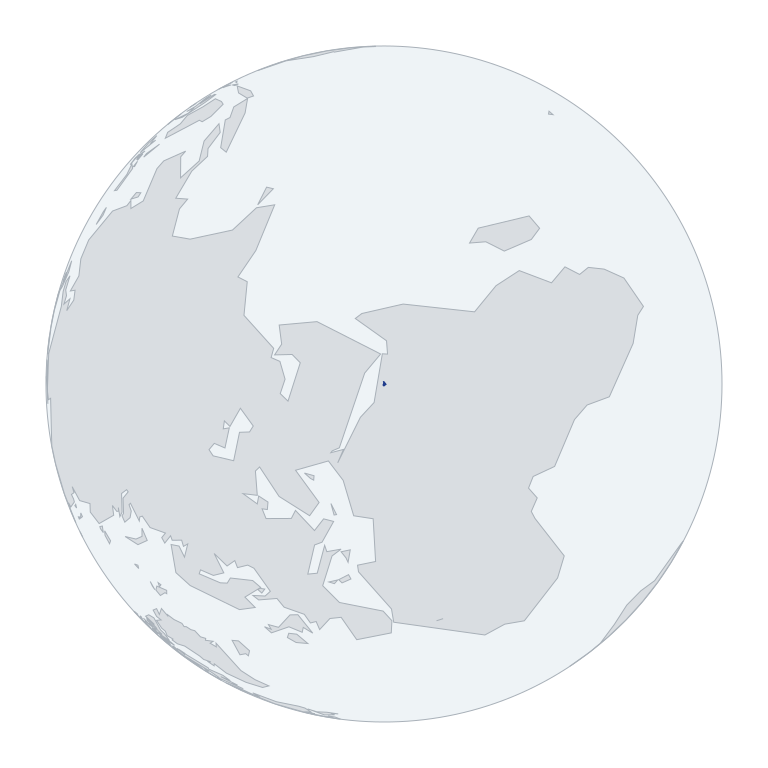 the Earth from above Maekel, rotated 232°
{"feature_id": "ERI-1561", "entity_name": "Maekel", "entity_type": "Region", "adm_level": 1, "iso_a3": "ERI", "parent_name": "Eritrea", "parent_adm1": "", "projection": "orthographic", "projection_center": [39.01, 15.365], "detail": "fine", "context": "on_globe", "style": "filled", "palette": "blue", "viewbox_px": 768, "rotation_deg": 232, "n_neighbors": 0, "source": "natural_earth", "source_scale": "10m", "svg_char_len": 9939}
<svg xmlns="http://www.w3.org/2000/svg" viewBox="0 0 768 768"><g transform="rotate(232 384 384)"><circle cx="384" cy="384" r="338" fill="#eef3f6" stroke="#a8b0b8"/><path d="M294.5,58.1L296.1,57.7L303.3,55.9L307.5,55.0L306.5,55.5L297.0,57.7L296.1,57.8L292.8,58.8L288.4,60.0L290.0,59.7L278.5,63.0L288.3,60.6L277.8,64.1L270.6,66.2L273.6,64.7L271.5,65.4L294.5,58.1ZM229.5,83.5L231.9,82.3L244.3,76.5L239.9,79.0L229.0,85.0L218.6,90.3L213.5,93.5L221.4,90.4L200.0,103.5L182.6,118.4L177.3,122.2L170.6,124.5L175.6,118.3L170.7,121.9L199.1,101.2L229.5,83.5ZM168.0,124.1L170.0,123.0L156.7,134.2L153.5,137.5L152.7,138.7L156.8,135.6L151.7,140.4L146.7,143.4L151.2,139.0L152.8,137.8L154.9,135.6L168.0,124.1ZM47.2,356.6L47.0,359.6L46.3,375.7L46.1,383.2L46.4,389.0L46.5,394.8L52.7,417.4L60.3,439.2L62.9,459.1L62.4,476.2L75.4,520.2L76.1,523.2L66.8,500.6L59.2,477.4L53.4,453.7L49.2,429.7L46.8,405.4L46.1,381.0L47.2,356.6ZM245.8,75.6L245.0,76.1L243.1,76.9L245.8,75.6ZM253.7,72.2L253.9,72.1L251.9,73.0L250.8,73.4L253.7,72.2ZM266.5,67.2L270.1,65.9L253.3,72.5L256.6,71.0L266.5,67.2ZM305.9,55.2L306.1,55.2L298.3,57.1L301.6,56.3L305.9,55.2ZM342.1,48.7L341.8,48.7L332.9,50.0L328.0,50.8L342.1,48.7ZM326.9,50.9L330.2,50.5L312.5,53.7L326.9,50.9ZM451.6,52.9L451.1,52.8L448.7,52.3L451.6,52.9ZM309.8,54.5L312.2,53.9L321.9,52.0L318.8,53.0L316.7,53.2L309.8,54.5ZM357.5,47.1L358.7,47.0L342.7,48.6L343.5,48.5L357.5,47.1ZM314.0,53.9L317.0,53.7L311.5,55.2L308.1,55.1L314.0,53.9ZM325.7,51.2L330.1,50.5L326.7,51.2L325.7,51.2ZM293.8,61.4L296.4,60.0L301.7,58.8L293.8,61.4ZM318.5,53.6L320.4,53.1L322.8,52.7L323.6,52.9L318.5,53.6ZM343.4,48.7L341.8,49.0L349.9,48.0L349.9,48.3L339.2,49.5L343.8,49.2L343.8,49.3L335.1,50.2L343.4,48.7ZM331.6,52.1L318.0,54.6L311.9,57.1L307.0,58.1L317.7,54.0L331.6,52.1ZM334.4,50.8L331.6,51.7L326.9,52.1L326.0,51.9L334.4,50.8ZM353.7,48.3L356.5,47.4L358.8,47.3L353.7,48.3ZM330.7,52.6L334.0,52.0L330.8,52.7L330.7,52.6ZM347.7,49.3L348.4,48.9L350.9,48.7L347.7,49.3ZM340.1,51.5L335.7,52.2L334.9,51.8L340.1,51.5ZM344.3,50.4L347.6,50.3L337.3,51.3L344.2,50.2L344.3,50.4ZM349.9,49.2L351.7,49.0L349.3,49.5L349.9,49.2ZM345.5,52.9L332.7,54.3L331.0,53.3L343.7,52.0L345.5,52.9ZM522.8,75.9L522.0,75.5L527.0,77.9L538.0,83.3L539.7,84.1L553.3,94.1L578.0,112.5L578.2,109.9L586.1,114.7L614.4,138.5L643.7,177.4L654.6,188.3L660.5,196.6L662.6,203.2L654.1,191.1L649.1,188.2L644.0,181.0L644.5,189.0L637.1,179.1L641.1,191.2L648.1,198.3L650.4,194.1L657.0,210.1L669.3,222.2L679.3,240.0L687.4,276.6L682.8,291.2L684.4,297.5L678.1,292.6L676.5,307.0L693.5,337.7L695.4,347.8L689.6,371.1L688.2,363.7L671.7,350.6L673.5,375.6L686.2,391.8L690.7,414.2L683.1,409.8L677.9,390.3L672.0,385.1L670.1,363.6L658.6,334.3L650.6,343.1L647.9,330.6L630.9,308.3L617.5,320.4L598.6,359.4L601.4,392.0L592.5,408.2L568.1,365.2L558.3,334.8L548.8,339.2L524.3,315.9L480.0,319.0L474.3,311.3L465.9,315.9L448.7,309.0L440.3,296.3L429.6,297.8L452.3,331.1L463.8,329.8L474.3,315.7L478.4,327.9L495.0,337.7L474.4,369.6L409.7,399.8L404.5,375.5L361.2,309.5L363.2,302.1L363.0,301.3L362.6,299.8L357.4,311.8L350.4,299.0L372.3,344.9L375.5,364.8L408.8,401.3L405.4,405.2L416.5,412.6L453.3,401.7L453.2,409.9L435.2,448.3L385.1,499.8L392.5,532.8L390.1,560.4L360.6,578.3L364.9,598.7L349.9,605.6L350.1,616.8L339.0,628.2L319.8,638.3L285.4,636.2L281.9,626.3L262.6,605.3L235.2,553.7L242.4,531.1L238.7,512.2L214.0,467.7L219.3,444.6L213.0,433.8L199.9,434.6L192.9,421.6L185.1,420.2L137.6,420.2L124.3,401.4L111.0,348.8L120.4,331.3L124.1,309.0L190.3,245.0L202.1,251.4L251.7,248.3L257.5,251.6L249.3,268.1L284.5,292.5L298.8,279.0L333.2,292.5L357.6,292.8L370.5,261.2L330.6,259.9L326.0,244.3L360.0,232.1L395.2,234.9L394.6,229.1L374.3,215.6L384.4,205.4L367.5,210.3L372.9,216.3L362.4,219.9L356.9,214.8L360.7,211.1L350.6,208.2L335.1,228.2L338.9,236.4L311.3,239.0L314.9,253.4L306.7,259.7L297.5,237.8L299.9,230.2L281.1,206.9L276.0,214.9L293.4,237.9L287.1,235.7L280.3,248.5L280.5,237.2L262.8,211.5L239.2,214.4L205.6,243.5L192.6,244.5L183.4,236.5L199.3,205.1L226.5,206.6L232.5,197.0L230.1,182.1L238.6,184.3L241.0,178.9L251.6,179.4L269.6,167.9L280.9,167.6L291.0,152.3L298.1,150.5L290.1,159.8L290.6,166.8L318.9,168.1L325.2,165.1L329.5,155.5L336.7,157.7L337.2,148.3L355.0,145.8L333.8,141.5L338.2,131.7L350.5,125.0L348.2,121.5L328.1,132.6L323.6,137.9L325.7,143.5L310.0,159.5L299.6,161.6L301.7,143.2L287.2,144.9L295.2,131.2L344.5,107.2L363.5,103.9L388.6,117.4L382.5,122.7L370.4,120.2L378.8,130.9L379.5,126.0L385.5,128.4L391.3,120.9L395.8,122.4L393.6,113.3L399.8,114.3L401.1,120.0L414.9,111.3L428.7,112.2L429.6,109.7L426.7,106.8L446.1,110.8L445.9,108.8L439.5,106.6L435.0,101.6L434.7,94.7L441.4,96.4L442.4,99.1L454.7,108.1L456.5,116.0L459.2,116.1L459.3,109.8L444.3,98.7L442.1,94.2L450.2,98.6L447.1,96.6L448.2,95.0L455.5,95.2L447.0,90.2L449.4,73.6L463.9,73.7L470.8,78.7L479.5,72.4L495.1,75.1L489.2,72.8L489.4,69.7L484.5,68.6L481.7,67.4L479.9,61.5L484.7,62.3L477.3,59.3L474.2,58.4L470.2,57.4L464.4,55.8L494.1,64.5L522.8,75.9ZM165.1,279.6L162.7,286.1L165.1,279.6ZM431.4,255.1L453.3,255.9L445.4,236.5L453.2,235.5L447.6,229.7L444.7,235.1L431.5,219.3L441.7,213.7L440.0,205.7L432.6,205.1L416.1,218.3L434.9,240.4L429.0,248.5L431.4,255.1ZM157.0,134.0L157.3,133.9L155.4,136.1L154.2,136.9L157.0,134.0ZM160.4,137.0L152.2,144.8L157.2,139.4L153.7,141.4L159.9,133.4L175.0,123.8L167.1,129.2L160.4,137.0ZM172.3,121.4L166.7,126.7L172.3,121.4L172.3,121.4ZM243.7,151.8L246.2,155.5L240.6,161.2L226.4,164.2L234.4,155.6L243.7,151.8ZM251.2,159.6L257.2,142.1L266.3,140.4L260.2,144.1L265.6,144.8L257.2,151.1L259.9,167.8L255.2,174.1L231.5,174.5L241.9,170.5L238.7,166.7L251.2,159.6ZM256.6,109.0L259.3,103.8L275.5,106.5L271.1,111.2L256.6,113.8L253.3,109.8L256.6,109.0ZM265.8,69.0L265.8,68.6L268.4,67.7L270.6,67.3L265.8,69.0ZM294.6,60.8L268.6,70.7L267.2,70.4L253.6,77.7L244.8,80.2L253.9,75.2L236.9,83.2L241.7,79.7L230.5,85.5L251.8,74.0L255.4,71.9L254.8,73.1L262.7,70.7L267.3,69.0L282.7,63.2L294.3,58.7L304.1,56.4L307.9,56.1L306.6,56.8L300.7,57.8L303.2,58.1L293.7,60.3L294.6,60.8ZM347.0,66.5L340.7,65.1L344.1,70.4L334.6,70.8L335.6,71.4L327.7,73.5L319.8,77.4L315.9,77.1L314.5,78.8L309.3,80.6L306.1,83.0L297.8,83.7L293.3,86.9L292.0,85.5L286.4,91.0L286.8,87.4L280.1,90.0L283.2,92.1L246.3,94.8L230.5,100.3L217.0,107.4L219.6,101.5L233.9,91.6L253.2,81.8L268.0,78.0L266.5,76.6L273.2,74.5L271.6,76.5L278.0,72.3L283.1,71.3L300.2,65.6L306.4,61.3L312.8,59.5L312.9,60.7L319.2,58.2L323.8,59.5L328.5,58.5L337.8,59.3L335.3,63.1L340.8,61.7L348.0,62.9L347.0,66.5ZM347.8,53.2L347.0,56.5L341.4,58.7L327.7,56.5L322.8,57.3L313.8,57.0L322.1,54.2L323.9,54.4L327.6,54.0L323.5,55.0L329.6,54.0L332.3,54.5L337.7,54.0L335.9,55.1L347.8,53.2ZM265.6,245.9L270.4,247.0L278.2,246.9L274.1,255.3L265.6,245.9ZM253.1,228.5L257.7,227.8L255.6,238.7L250.7,237.9L253.1,228.5ZM261.9,218.7L258.1,226.9L257.2,222.0L261.9,218.7ZM294.5,159.0L299.5,158.1L299.4,160.4L295.8,163.8L294.5,159.0ZM355.2,85.7L352.5,83.7L354.4,82.9L355.0,77.6L362.1,77.4L364.6,80.6L355.2,85.7ZM362.8,266.5L354.8,272.4L351.5,269.4L354.9,267.9L362.8,266.5ZM311.5,264.0L322.5,268.6L310.3,266.2L311.5,264.0ZM363.1,84.6L362.5,82.3L366.5,83.7L363.1,84.6ZM367.4,77.1L372.3,78.2L363.0,76.8L367.4,77.1ZM495.4,679.8L497.4,682.0L492.2,683.0L495.4,679.8ZM448.8,554.2L427.1,601.8L410.9,602.5L407.2,589.1L414.7,560.6L433.4,551.8L442.4,538.2L448.8,554.2ZM712.1,453.5L713.4,453.0L713.1,454.6L712.1,453.5ZM711.0,450.2L713.1,448.5L710.1,454.0L711.0,450.2ZM713.7,447.9L715.7,442.7L716.7,439.3L716.1,442.6L713.7,447.9ZM709.3,451.8L697.1,459.4L691.3,458.5L693.5,452.2L702.9,448.6L709.3,451.8ZM693.0,452.3L683.1,441.4L663.8,402.4L670.8,400.8L689.8,421.5L688.8,426.7L694.8,436.2L693.0,452.3ZM713.9,411.8L712.6,426.7L706.7,429.8L703.5,429.5L701.4,412.3L702.6,402.2L705.5,400.9L712.3,363.0L715.5,368.5L714.4,383.7L716.7,394.4L713.9,411.8ZM603.0,394.8L611.4,412.7L606.0,417.0L603.0,394.8ZM711.8,338.6L711.2,354.8L710.7,334.3L711.8,338.6ZM709.6,320.2L711.3,326.9L708.9,321.3L709.6,320.2ZM687.3,306.8L684.4,310.1L682.8,305.4L685.5,298.4L687.3,306.8ZM686.9,255.4L692.6,269.0L694.1,274.0L690.0,266.5L686.9,255.4ZM423.2,86.1L414.5,93.1L412.9,99.5L419.4,104.5L406.5,101.1L408.9,91.2L423.2,86.1ZM445.5,74.6L439.7,71.3L444.6,71.5L446.6,72.3L445.5,74.6ZM440.3,73.5L428.8,72.0L427.1,69.4L436.5,71.0L440.3,73.5ZM395.8,76.6L392.7,78.5L389.6,77.1L395.8,76.6ZM655.5,585.2L655.2,585.0L662.4,575.0L676.1,549.2L676.9,548.8L685.2,530.4L699.0,505.7L708.8,477.2L701.3,500.2L692.2,522.6L681.5,544.3L669.2,565.2L655.5,585.2ZM717.7,437.4L715.0,450.4L717.8,436.5L718.0,435.3L717.7,437.4ZM721.2,404.9L720.9,408.9L720.9,406.8L721.2,404.9ZM721.3,404.9L721.3,405.0L721.5,401.5L721.3,404.9ZM717.9,396.4L718.5,404.6L720.2,396.3L718.8,406.5L719.0,419.7L718.2,425.9L718.2,411.4L716.6,428.7L715.7,429.5L716.1,415.8L717.6,397.4L718.4,389.2L721.1,381.8L717.9,396.4ZM721.8,390.5L721.7,380.8L721.6,373.3L721.8,378.1L721.8,390.5ZM719.6,357.9L717.3,347.9L716.7,354.2L716.4,334.3L719.0,347.1L719.6,357.9ZM715.2,333.6L714.8,339.2L714.2,328.1L715.2,333.6ZM713.8,335.7L712.1,327.7L713.3,327.6L713.8,335.7ZM715.8,333.1L713.1,319.0L715.1,326.5L715.8,333.1ZM707.4,310.3L712.6,320.8L708.6,318.6L701.1,292.8L702.3,290.7L707.4,310.3ZM667.7,202.7L663.3,196.4L662.3,193.8L665.6,198.8L667.7,202.7ZM655.2,182.3L660.6,191.2L664.4,199.8L666.5,201.9L673.4,213.8L666.4,204.6L658.8,190.5L657.2,186.2L650.4,177.0L645.1,169.7L636.1,159.3L631.7,154.2L639.4,162.7L645.9,170.5L655.2,182.3ZM626.8,149.0L627.5,149.7L626.4,148.8L632.2,155.1L614.6,137.3L615.6,137.9L626.8,149.0ZM610.7,133.5L609.5,132.8L581.0,111.0L575.3,106.9L597.6,122.3L597.6,122.7L604.4,128.3L610.7,133.5ZM454.8,53.6L451.4,52.9L453.8,53.4L454.8,53.6ZM479.0,67.0L475.5,65.4L478.5,65.5L479.0,67.0ZM467.5,61.4L466.6,62.3L464.8,60.6L467.5,61.4ZM465.1,64.7L465.0,62.3L469.1,65.7L465.1,64.7Z" fill="#d9dde1" stroke="#a8b0b8" stroke-width="1"/><path d="M382.7,385.2L382.7,382.9L382.8,382.8L383.0,382.8L383.3,382.8L383.7,382.8L383.8,383.0L383.9,383.3L384.5,384.1L384.8,384.5L385.1,384.7L385.6,385.0L385.8,385.1L385.7,385.2L382.7,385.2Z" fill="#3b82f6" stroke="#1e3a8a" stroke-width="1.5"/></g></svg>